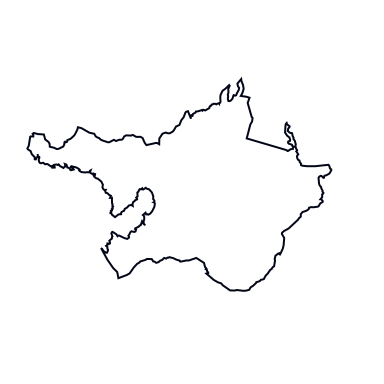 Toba Samosir, Sumatera Utara, Indonesia (Albers equal-area conic projection), rotated 339°
{"feature_id": "22746128B48431928866564", "entity_name": "Toba Samosir", "entity_type": "district", "adm_level": 2, "iso_a3": "IDN", "parent_name": "Indonesia", "parent_adm1": "Sumatera Utara", "projection": "albers", "projection_center": [99.307, 2.386], "detail": "fine", "context": "isolated", "style": "outline", "palette": "ink", "viewbox_px": 384, "rotation_deg": 339, "n_neighbors": 0, "source": "geoboundaries", "source_scale": "gbopen_adm2", "svg_char_len": 6041}
<svg xmlns="http://www.w3.org/2000/svg" viewBox="0 0 384 384"><g transform="rotate(339 192 192)"><path d="M121.6,102.6L117.5,99.9L111.6,92.7L108.7,90.7L107.4,92.6L104.7,95.1L102.9,96.6L101.2,97.5L97.7,98.8L94.2,98.9L93.4,100.3L91.5,100.4L91.4,99.6L90.8,99.8L89.6,102.1L88.1,103.4L83.0,103.9L81.1,103.4L79.0,101.2L75.5,98.8L76.3,95.9L76.0,93.9L73.8,90.3L74.3,85.2L69.1,82.8L65.4,80.2L64.1,80.6L64.4,81.5L63.7,83.3L61.3,82.3L60.7,82.5L56.2,90.3L53.9,92.4L54.1,93.4L56.0,96.0L56.0,99.3L57.6,103.1L56.9,105.1L57.8,105.6L59.6,104.0L60.9,103.9L61.4,101.2L60.9,103.9L61.9,104.4L62.0,104.9L60.4,107.0L60.1,109.2L60.4,110.3L61.2,111.0L63.6,111.4L64.8,113.5L66.3,113.7L67.3,114.4L69.5,117.6L70.6,117.6L70.3,119.2L72.6,120.0L72.8,119.5L71.8,117.6L72.9,117.2L75.4,117.8L76.6,118.8L77.4,118.5L78.1,120.5L80.6,123.5L81.9,122.8L82.7,122.8L83.4,121.1L83.4,120.4L84.6,121.5L84.4,124.4L86.1,125.8L86.3,127.6L86.8,128.3L89.6,128.6L89.4,127.6L87.9,125.5L88.0,124.9L88.7,124.7L93.1,127.9L94.8,130.2L95.1,131.0L94.4,131.4L94.6,132.1L96.0,133.8L99.3,135.5L100.6,135.7L103.0,136.8L104.4,135.6L105.1,135.5L104.3,136.4L104.1,137.6L104.5,138.5L105.3,139.3L106.6,139.4L106.6,140.1L107.9,140.6L107.3,141.6L106.1,141.2L106.3,142.9L107.4,144.7L108.9,145.9L111.1,149.8L111.4,153.4L110.1,155.4L110.2,157.5L110.8,158.6L112.2,159.1L111.3,159.9L111.2,161.8L112.7,162.9L113.5,164.9L114.9,166.4L113.4,168.1L115.2,168.6L113.3,173.9L113.5,174.8L112.8,176.2L113.1,177.1L112.5,177.3L112.3,178.4L111.5,178.7L111.7,179.4L111.1,179.7L110.7,180.5L109.7,180.4L109.7,181.1L108.4,182.0L108.3,182.5L109.2,182.8L109.1,184.4L111.1,187.9L115.4,186.6L117.8,187.3L118.1,186.4L119.2,185.4L122.0,185.1L123.1,183.7L125.9,183.2L128.2,182.0L130.7,182.3L131.7,183.7L132.1,182.0L133.6,180.2L135.1,180.0L135.6,179.4L138.1,179.2L138.3,178.5L137.9,177.2L139.6,176.6L140.8,172.9L142.3,172.4L142.9,171.4L144.4,170.6L145.3,171.3L146.8,170.7L146.9,171.9L147.4,172.2L150.3,171.5L150.7,172.4L153.0,174.3L154.4,178.1L154.3,182.1L153.2,184.7L153.8,186.5L153.3,187.8L152.6,187.9L153.1,188.3L153.2,189.5L151.5,192.4L147.9,195.7L145.3,197.2L143.0,197.5L142.3,196.7L141.2,196.5L141.2,194.7L137.9,195.9L138.5,196.9L138.4,198.4L137.4,200.8L136.5,201.3L136.2,202.8L135.2,203.4L136.5,206.3L134.5,202.8L134.5,201.9L132.3,204.5L130.8,204.6L130.3,205.1L129.2,205.3L126.0,205.6L125.6,206.1L126.3,207.0L125.1,208.6L123.8,208.6L121.4,207.0L119.8,207.6L118.2,209.3L117.0,209.9L117.1,211.6L116.6,212.1L114.8,212.6L112.5,210.9L108.4,206.6L107.7,206.3L106.6,206.6L106.3,204.5L103.6,200.8L102.9,200.8L101.9,201.7L101.8,205.0L101.1,205.4L100.5,206.8L97.4,207.8L97.3,210.1L96.6,210.8L94.6,209.7L94.4,210.1L94.9,210.8L92.5,211.5L93.3,213.0L92.8,214.3L92.8,216.1L91.0,218.2L90.0,217.9L88.2,215.3L87.7,212.9L87.0,211.8L88.8,225.0L91.1,234.6L93.5,239.9L92.4,246.1L101.7,246.1L104.7,245.6L110.6,241.6L115.0,239.4L117.7,239.0L118.7,238.3L124.5,238.7L125.8,238.3L130.4,240.2L130.9,242.9L132.0,243.5L133.2,245.3L135.7,245.5L137.7,244.7L139.6,244.8L142.4,243.6L144.0,244.9L145.6,244.5L146.5,244.9L147.5,244.7L150.9,247.1L153.1,249.5L156.0,251.7L155.9,252.5L156.7,253.0L162.3,253.9L164.5,254.8L172.4,255.1L177.8,262.5L177.3,266.7L178.0,268.5L177.2,269.0L178.0,269.9L177.7,271.6L178.3,272.8L178.1,273.5L176.2,273.3L180.9,282.0L184.0,285.8L186.4,287.6L187.3,290.1L192.3,297.5L196.8,299.4L198.6,299.5L204.6,302.7L207.3,303.5L210.4,303.8L212.6,302.0L215.6,301.4L219.2,299.9L219.8,299.2L222.3,299.5L223.8,299.3L224.7,298.7L227.8,299.1L230.9,296.4L233.3,295.4L237.2,292.7L238.8,292.4L240.4,291.1L242.0,290.8L245.0,285.7L245.1,284.3L247.1,281.4L250.3,280.4L251.4,280.4L251.4,281.6L251.8,281.9L256.3,277.6L258.3,274.8L261.6,268.0L260.9,263.3L261.5,262.3L263.9,261.4L269.1,260.7L281.0,255.9L282.5,254.8L284.7,254.0L285.6,251.7L288.0,250.3L291.7,250.5L294.0,250.1L295.3,249.4L295.7,248.6L297.7,248.8L300.3,249.9L304.4,250.8L305.2,250.6L307.5,248.7L310.4,248.1L310.8,247.4L310.1,245.1L309.4,244.8L311.7,243.5L312.6,240.9L313.9,240.5L314.4,239.8L313.9,238.4L314.4,237.3L314.0,235.1L314.3,233.6L313.6,232.0L313.6,229.8L315.2,224.1L316.3,223.3L318.0,223.0L318.7,223.6L319.8,225.9L320.2,226.0L321.5,224.3L323.7,224.5L326.9,224.0L329.8,221.7L330.1,220.8L329.3,219.6L329.5,216.6L329.1,215.5L316.3,212.1L308.8,209.2L304.6,207.1L303.4,206.0L303.9,204.5L303.3,202.7L303.6,201.1L302.5,199.8L302.4,197.6L303.0,195.9L304.7,194.9L303.9,191.4L305.1,190.8L304.7,188.3L305.3,185.5L306.0,184.7L306.3,180.8L305.7,179.0L306.3,177.6L306.0,175.9L306.5,173.0L304.7,171.9L303.3,169.4L304.5,167.3L306.3,166.3L306.7,165.7L305.0,162.9L305.1,161.5L304.1,162.0L303.0,163.6L300.2,169.9L301.0,173.5L302.5,176.0L302.4,178.3L301.8,179.4L300.0,179.3L299.3,180.4L299.7,181.6L302.3,183.7L302.2,185.1L303.3,186.4L302.1,186.8L301.7,187.9L299.3,187.4L296.5,188.1L295.8,187.9L295.3,186.8L262.3,161.6L270.7,149.8L273.3,147.8L275.1,144.6L274.6,143.3L275.9,128.8L279.5,124.6L277.1,122.7L272.0,119.8L274.3,117.9L277.2,114.2L278.0,110.3L277.9,106.1L278.4,104.2L273.2,107.1L272.8,109.9L273.3,111.7L272.2,113.5L269.3,115.9L267.9,117.5L266.7,117.5L265.8,116.5L265.4,116.6L263.2,119.4L260.8,120.6L259.6,120.6L258.6,120.1L258.8,118.0L260.1,115.4L260.3,113.9L261.6,112.4L262.9,108.6L265.2,106.4L265.0,105.5L260.6,107.4L256.7,108.5L253.4,111.7L252.5,113.3L250.9,118.1L250.1,118.8L249.1,118.8L248.9,119.3L248.7,118.8L247.6,118.6L246.1,118.9L245.6,118.2L243.6,117.3L242.7,117.7L241.7,117.4L240.1,118.5L239.3,118.4L238.1,119.9L233.6,120.6L232.2,119.4L230.9,119.8L230.8,119.0L227.0,118.9L224.5,118.3L223.7,119.1L220.9,119.5L219.7,121.1L219.3,120.8L219.3,120.1L218.1,120.1L217.3,123.2L217.2,115.1L215.3,115.0L214.2,115.6L211.0,119.2L207.7,121.2L204.3,124.9L200.5,125.2L197.2,127.9L195.6,128.7L192.5,129.2L190.8,128.7L188.7,127.1L185.3,127.0L180.7,130.3L178.5,135.6L177.1,133.9L176.0,133.3L166.3,131.9L165.5,129.4L165.2,123.8L163.6,122.0L159.6,120.5L157.2,117.5L155.4,117.5L150.7,115.5L148.5,115.9L146.6,117.6L145.2,118.0L142.5,117.1L139.4,117.2L137.8,115.3L132.7,115.9L131.4,115.5L127.0,111.9L125.4,110.2L124.7,108.5L122.6,106.5L122.0,105.4L121.6,102.6Z" fill="none" stroke="#020617" stroke-width="2"/></g></svg>